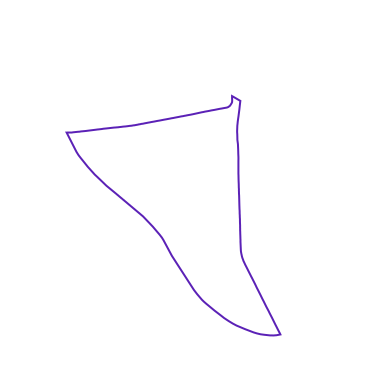 outline of Bang Phlat, Bangkok Metropolis, Thailand, rotated 114°
{"feature_id": "78962969B20944383607062", "entity_name": "Bang Phlat", "entity_type": "district", "adm_level": 2, "iso_a3": "THA", "parent_name": "Thailand", "parent_adm1": "Bangkok Metropolis", "projection": "equal_earth", "projection_center": [100.489, 13.788], "detail": "fine", "context": "isolated", "style": "outline", "palette": "violet", "viewbox_px": 384, "rotation_deg": 114, "n_neighbors": 0, "source": "geoboundaries", "source_scale": "gbopen_adm2", "svg_char_len": 3327}
<svg xmlns="http://www.w3.org/2000/svg" viewBox="0 0 384 384"><g transform="rotate(114 192 192)"><path d="M89.1,184.9L89.1,185.0L88.3,192.2L88.1,194.4L89.9,193.6L92.1,192.5L92.7,192.3L93.3,192.0L93.6,192.0L94.0,191.9L94.4,191.9L95.3,192.0L96.1,192.1L97.8,192.4L99.2,193.2L99.6,193.4L100.0,193.8L100.3,194.1L100.7,194.5L100.8,194.7L101.1,195.1L103.0,197.9L103.3,198.3L103.9,199.2L104.6,200.3L105.6,201.7L106.3,202.7L107.3,204.1L108.0,205.1L108.8,206.3L109.6,207.5L110.7,209.0L111.6,210.3L112.4,211.5L113.2,212.7L114.7,214.7L114.9,215.1L120.5,222.7L120.8,223.1L121.2,223.7L121.8,224.5L122.8,226.0L124.1,227.9L124.7,228.7L125.5,229.9L126.4,231.1L127.0,232.1L127.9,233.4L128.7,234.5L129.6,235.8L130.5,237.1L131.2,238.1L132.0,239.2L133.1,240.9L133.7,241.7L134.6,243.0L136.2,245.3L137.2,246.8L138.4,248.5L139.8,250.5L140.6,251.7L141.6,253.2L142.4,254.3L143.1,255.3L143.7,256.2L144.7,257.7L145.5,258.8L146.3,260.0L147.5,261.7L148.6,263.3L149.5,264.5L150.4,266.0L151.2,267.0L152.0,268.3L152.3,268.6L154.5,271.8L155.0,272.7L155.7,273.7L156.4,274.8L156.9,275.8L157.5,276.7L158.3,278.0L159.2,279.5L160.4,281.7L161.1,282.8L161.8,284.0L162.4,285.0L162.7,285.4L162.8,285.7L163.2,286.3L163.6,287.1L164.0,287.8L164.9,289.5L165.6,290.7L166.6,292.4L167.9,294.6L168.9,296.3L170.2,298.6L171.2,300.1L171.5,300.6L172.5,302.3L172.8,302.8L173.3,303.7L174.1,305.0L179.3,313.6L180.0,314.8L181.0,316.6L181.9,318.2L182.6,319.2L183.5,320.9L184.9,323.3L185.7,324.7L186.6,326.1L188.7,330.7L202.3,313.9L204.2,311.1L204.8,310.1L206.2,307.5L211.4,297.4L215.6,288.0L218.0,281.2L221.1,272.7L224.0,262.2L234.2,226.8L239.6,213.7L242.4,207.9L244.1,204.3L246.0,200.8L246.9,199.5L247.5,198.6L258.5,184.4L280.7,150.4L283.2,145.8L286.4,139.1L287.3,136.7L288.3,133.5L288.9,131.3L291.2,123.1L293.0,115.6L294.1,111.3L295.0,105.9L295.6,101.2L295.9,97.0L295.8,92.4L295.7,87.8L295.4,82.3L295.2,78.6L294.8,75.3L294.1,71.5L293.0,67.8L291.3,62.5L289.9,59.2L288.5,56.6L286.2,53.3L285.4,54.2L284.8,55.0L284.4,55.5L282.8,57.5L280.5,60.3L279.3,61.8L276.9,64.7L274.4,67.7L272.4,70.2L270.7,72.3L269.9,73.2L269.2,74.1L267.7,76.0L266.7,77.3L264.7,79.7L262.7,82.1L261.2,84.0L259.7,85.8L258.1,87.7L256.4,89.8L255.0,91.5L253.0,94.0L251.0,96.3L249.1,98.6L247.4,100.7L246.5,101.8L245.0,103.7L243.6,105.4L241.5,108.0L240.0,109.8L238.7,111.4L237.1,113.4L235.9,114.8L235.1,115.7L234.0,117.0L233.1,117.8L231.7,119.2L230.5,120.2L229.7,120.8L229.1,121.2L228.5,121.7L227.6,122.3L227.3,122.5L226.9,122.8L226.4,123.1L225.3,123.7L223.3,124.7L221.5,125.6L218.9,126.9L217.7,127.5L216.1,128.2L214.7,128.9L212.4,130.0L210.6,130.9L208.9,131.7L207.3,132.5L205.7,133.2L204.5,133.8L203.3,134.3L201.9,135.0L200.7,135.6L198.8,136.5L197.2,137.2L196.3,137.7L195.1,138.3L193.8,138.9L192.5,139.6L189.9,140.8L188.4,141.6L184.9,143.3L182.8,144.3L180.7,145.3L178.4,146.4L175.9,147.6L174.6,148.3L172.5,149.3L171.5,149.8L170.3,150.3L168.8,151.1L165.8,152.5L163.2,153.8L160.9,154.9L158.1,156.2L156.5,157.0L144.4,162.4L143.9,162.6L142.5,163.2L141.0,163.9L138.2,165.3L136.3,166.2L134.0,167.3L132.4,168.1L130.8,168.9L129.6,169.5L128.6,170.1L127.3,170.9L125.8,171.8L124.7,172.3L123.0,173.1L120.7,174.2L119.2,175.0L117.9,175.6L116.4,176.2L114.9,176.8L112.9,177.6L111.3,178.1L108.9,178.9L105.8,179.8L104.0,180.3L102.0,180.9L100.0,181.5L97.0,182.4L93.9,183.4L89.1,184.9Z" fill="none" stroke="#5b21b6" stroke-width="2"/></g></svg>